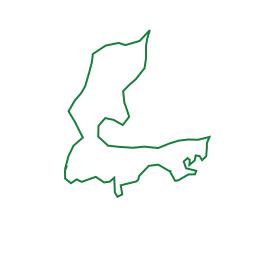 outline of Pyrogi, Nicosia, Cyprus, rotated 49°
{"feature_id": "46923920B75368188924059", "entity_name": "Pyrogi", "entity_type": "district", "adm_level": 2, "iso_a3": "CYP", "parent_name": "Cyprus", "parent_adm1": "Nicosia", "projection": "equal_earth", "projection_center": [33.488, 35.08], "detail": "fine", "context": "isolated", "style": "outline", "palette": "green", "viewbox_px": 256, "rotation_deg": 49, "n_neighbors": 0, "source": "geoboundaries", "source_scale": "gbopen_adm2", "svg_char_len": 1177}
<svg xmlns="http://www.w3.org/2000/svg" viewBox="0 0 256 256"><g transform="rotate(49 128 128)"><path d="M68.4,47.3L70.0,62.0L63.7,75.6L57.7,79.2L51.1,90.8L49.1,106.0L54.4,111.8L60.4,120.5L68.4,132.9L71.0,140.8L72.4,150.3L76.4,161.9L88.3,164.0L105.6,168.4L105.6,180.7L110.3,191.6L116.9,201.3L117.2,200.4L118.9,203.6L124.6,208.3L123.9,208.7L132.2,207.3L132.6,204.7L133.1,200.4L136.2,199.2L138.3,198.2L143.7,184.4L153.4,181.7L156.5,177.0L156.5,171.0L168.0,180.2L173.0,181.1L173.5,179.1L174.3,175.9L166.5,171.1L173.7,157.0L173.8,154.4L171.5,151.0L170.2,137.2L175.5,129.2L187.2,125.2L188.4,124.3L188.9,125.0L198.8,127.1L200.6,124.1L200.6,123.9L202.7,112.9L206.9,107.8L205.1,104.6L196.5,110.6L189.8,107.9L189.8,102.8L192.5,102.3L196.2,105.9L196.2,98.9L193.1,94.9L196.2,92.4L200.9,93.2L200.6,87.5L194.8,81.6L191.2,78.4L188.2,72.4L182.8,82.9L176.2,90.1L170.8,98.1L166.9,106.8L162.9,118.4L152.9,127.8L146.2,137.2L136.9,146.6L128.3,154.6L115.0,156.1L112.3,153.7L107.0,148.8L105.6,138.7L112.3,133.6L122.3,130.0L120.3,119.8L113.6,116.9L106.3,114.0L97.0,107.5L96.3,98.8L96.3,90.1L93.7,76.3L87.0,68.4L77.7,60.4L73.0,54.6L68.4,47.3Z" fill="none" stroke="#15803d" stroke-width="2"/></g></svg>